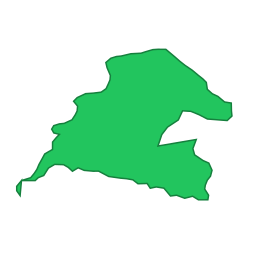 Damolândia, Goiás, Brazil, rotated 279°
{"feature_id": "56859067B54653544847909", "entity_name": "Damolândia", "entity_type": "district", "adm_level": 2, "iso_a3": "BRA", "parent_name": "Brazil", "parent_adm1": "Goiás", "projection": "robinson", "projection_center": [-49.341, -16.25], "detail": "fine", "context": "isolated", "style": "filled", "palette": "green", "viewbox_px": 256, "rotation_deg": 279, "n_neighbors": 0, "source": "geoboundaries", "source_scale": "gbopen_adm2", "svg_char_len": 1378}
<svg xmlns="http://www.w3.org/2000/svg" viewBox="0 0 256 256"><g transform="rotate(279 128 128)"><path d="M127.3,197.2L114.9,160.4L126.8,162.4L135.1,166.9L143.8,176.4L153.5,179.2L154.3,187.5L152.2,196.3L149.3,205.0L150.9,224.8L156.1,228.8L161.0,227.5L168.8,226.1L168.8,219.3L173.3,211.8L175.0,205.9L178.6,200.3L185.3,198.2L188.1,194.4L191.2,188.9L195.1,182.4L198.8,174.5L202.1,168.6L205.4,163.4L211.6,153.1L210.4,145.2L209.3,140.3L206.1,133.5L203.9,129.2L201.8,119.3L198.0,110.0L196.8,105.4L194.2,100.1L189.2,95.9L184.3,97.9L177.1,102.4L172.7,102.7L168.6,101.7L163.4,100.2L159.2,95.9L157.0,88.2L155.3,80.8L150.1,73.1L145.9,70.1L141.7,74.8L136.8,75.1L132.7,73.8L127.3,71.4L122.6,64.3L121.3,59.5L118.7,54.3L114.9,52.8L111.5,55.5L111.0,61.3L107.5,58.8L102.3,55.7L95.0,56.8L92.2,53.3L89.3,49.8L84.7,48.2L78.1,45.8L72.9,44.5L68.5,42.5L63.7,39.7L59.4,31.0L61.5,44.5L65.0,47.2L67.9,52.2L76.0,55.7L80.6,61.3L81.7,70.1L79.8,75.1L76.6,79.9L80.9,85.0L79.3,91.4L79.9,100.2L80.8,105.7L77.1,116.5L77.3,128.5L77.7,134.5L77.6,140.9L74.5,146.6L76.2,155.6L72.0,159.4L74.2,165.1L74.2,172.9L67.5,180.6L69.2,186.5L67.5,195.0L70.7,202.5L68.1,208.8L69.6,218.1L74.2,218.1L79.7,213.3L83.7,213.3L88.9,214.5L93.3,217.0L99.4,217.6L106.0,213.3L107.6,207.2L111.9,198.0L117.8,195.3L127.3,197.2ZM59.4,31.0L53.0,27.2L48.6,27.9L44.4,32.0L59.4,31.0Z" fill="#22c55e" stroke="#15803d" stroke-width="1.5"/></g></svg>